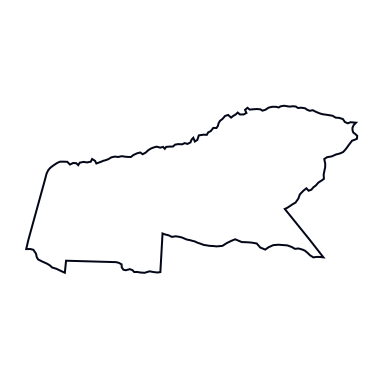 outline of Indiavaí, Mato Grosso, Brazil, rotated 102°
{"feature_id": "56859067B3233688790189", "entity_name": "Indiavaí", "entity_type": "district", "adm_level": 2, "iso_a3": "BRA", "parent_name": "Brazil", "parent_adm1": "Mato Grosso", "projection": "mercator", "projection_center": [-58.619, -15.332], "detail": "fine", "context": "isolated", "style": "outline", "palette": "ink", "viewbox_px": 384, "rotation_deg": 102, "n_neighbors": 0, "source": "geoboundaries", "source_scale": "gbopen_adm2", "svg_char_len": 2779}
<svg xmlns="http://www.w3.org/2000/svg" viewBox="0 0 384 384"><g transform="rotate(102 192 192)"><path d="M90.1,46.0L90.8,51.5L92.4,53.9L91.8,56.9L89.3,59.6L88.9,63.5L89.4,66.9L88.2,70.4L88.4,74.8L88.6,78.3L88.8,80.8L88.4,84.4L87.7,87.9L86.9,90.9L88.1,93.8L87.6,96.5L86.6,98.8L86.8,102.6L87.8,105.8L86.8,108.3L87.2,111.4L88.2,114.3L88.5,119.9L89.7,123.0L91.3,124.8L91.2,127.7L92.0,131.3L93.5,134.5L96.3,137.3L97.8,140.0L96.9,142.3L97.3,145.5L98.4,149.5L99.4,152.7L98.1,155.2L100.6,157.2L103.4,155.2L105.4,157.6L106.2,161.2L104.8,163.8L107.2,165.5L109.2,167.7L111.1,169.2L109.1,172.7L110.8,175.5L114.1,177.3L116.7,179.5L119.4,180.3L122.0,180.4L124.3,181.4L124.9,184.5L128.5,186.3L130.4,188.6L133.0,189.4L133.5,192.5L135.2,197.1L139.9,197.6L142.0,199.7L138.7,202.0L140.9,203.3L143.8,203.8L145.9,206.4L145.7,209.4L147.4,211.5L148.0,215.4L149.2,218.4L151.5,220.1L152.3,223.5L153.2,226.6L155.4,227.6L153.9,229.7L155.2,232.3L155.0,236.0L156.3,238.6L157.8,240.9L160.0,243.3L163.2,245.6L165.3,248.1L164.1,250.9L165.6,253.8L168.0,257.0L170.5,259.1L171.2,263.1L171.6,268.2L173.1,271.5L173.4,274.8L174.8,278.0L177.3,280.7L178.8,283.0L179.9,285.2L181.7,287.8L184.0,291.5L181.7,293.3L180.5,296.6L183.4,297.3L184.9,300.9L185.1,304.3L186.6,307.8L189.4,308.9L187.9,311.1L188.3,314.2L190.5,317.1L188.4,320.3L189.0,323.7L189.7,327.2L191.5,329.8L194.0,332.3L196.5,334.6L198.5,336.1L201.0,337.3L204.4,338.1L210.8,338.4L272.9,342.1L282.3,342.3L281.4,338.4L281.5,335.2L284.7,331.8L288.2,330.2L290.0,328.4L291.1,324.2L292.3,318.7L293.5,315.4L294.9,313.2L295.3,308.7L296.9,302.0L297.4,299.6L285.4,300.9L276.4,251.7L276.5,248.8L277.4,245.9L280.4,245.0L282.3,242.9L282.3,240.5L280.4,236.8L280.8,234.0L282.3,231.9L281.6,229.0L281.5,225.9L280.9,221.6L278.4,217.0L278.3,212.9L277.9,208.9L276.9,206.3L238.7,212.2L239.1,209.8L239.2,205.9L240.1,202.4L238.7,198.7L238.5,195.4L238.6,192.3L239.6,187.2L239.5,184.4L239.7,181.4L239.8,178.7L240.4,176.4L240.8,173.0L241.3,169.7L241.0,163.5L240.4,159.7L240.1,156.7L238.4,151.1L234.5,147.1L231.5,143.2L229.3,140.0L230.6,132.9L229.8,128.2L229.1,123.3L228.9,118.0L232.1,113.7L233.1,108.4L230.1,105.6L227.1,101.5L225.6,96.5L224.4,87.6L225.1,82.8L226.2,79.6L225.1,76.0L225.4,71.7L225.9,69.4L227.7,66.0L229.4,63.3L230.7,59.7L229.5,56.3L228.9,53.1L228.6,49.9L217.4,63.2L214.4,66.8L189.3,97.7L187.8,95.7L185.0,92.9L183.3,91.3L180.8,88.5L176.3,86.6L171.9,86.0L167.7,83.4L164.6,80.9L166.5,78.2L164.9,75.7L162.1,74.2L160.0,72.3L156.6,70.4L153.5,67.3L151.7,65.7L147.8,66.8L143.3,66.9L139.9,66.9L136.5,67.6L132.3,69.5L129.9,67.2L128.1,62.7L125.4,59.0L123.6,55.4L121.5,52.5L119.0,51.0L116.4,49.7L114.0,48.7L111.5,47.5L108.5,46.1L107.3,44.0L105.6,41.7L102.7,42.1L101.3,44.4L100.3,46.6L98.3,47.8L95.9,48.4L93.0,47.8L90.1,46.0Z" fill="none" stroke="#020617" stroke-width="2"/></g></svg>